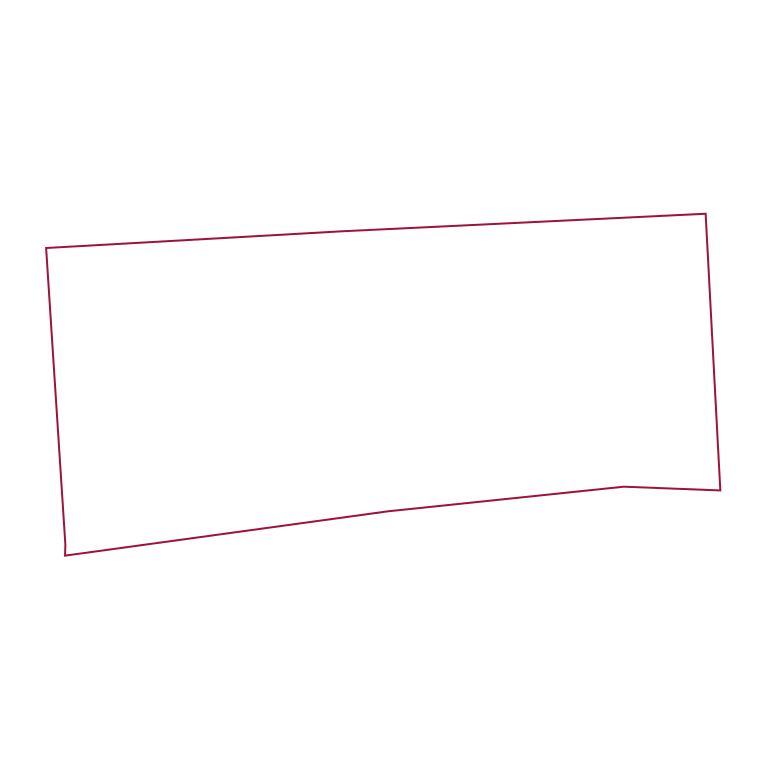 the District of Nouakchott, rotated 267°
{"feature_id": "MRT-2787", "entity_name": "Nouakchott", "entity_type": "District", "adm_level": 1, "iso_a3": "MRT", "parent_name": "Mauritania", "parent_adm1": "", "projection": "natural_earth1", "projection_center": [-15.953, 18.14], "detail": "fine", "context": "isolated", "style": "outline", "palette": "rose", "viewbox_px": 768, "rotation_deg": 267, "n_neighbors": 0, "source": "natural_earth", "source_scale": "10m", "svg_char_len": 271}
<svg xmlns="http://www.w3.org/2000/svg" viewBox="0 0 768 768"><g transform="rotate(267 384 384)"><path d="M260.1,714.3L268.9,618.1L256.7,381.8L229.3,56.5L240.2,57.4L537.5,53.7L538.7,351.3L537.2,714.1L260.1,714.3Z" fill="none" stroke="#9f1239" stroke-width="2"/></g></svg>